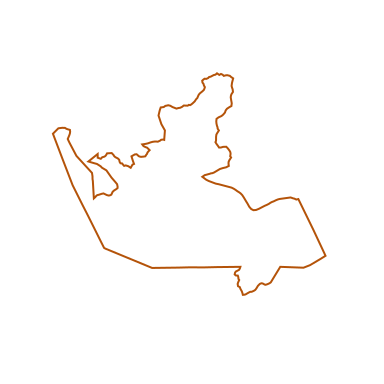 outline of Campo Maior, Piauí, Brazil, rotated 321°
{"feature_id": "56859067B57380390448277", "entity_name": "Campo Maior", "entity_type": "district", "adm_level": 2, "iso_a3": "BRA", "parent_name": "Brazil", "parent_adm1": "Piauí", "projection": "mercator", "projection_center": [-42.103, -4.859], "detail": "fine", "context": "isolated", "style": "outline", "palette": "amber", "viewbox_px": 384, "rotation_deg": 321, "n_neighbors": 0, "source": "geoboundaries", "source_scale": "gbopen_adm2", "svg_char_len": 3983}
<svg xmlns="http://www.w3.org/2000/svg" viewBox="0 0 384 384"><g transform="rotate(321 192 192)"><path d="M249.8,324.9L255.6,325.6L256.2,323.3L262.5,297.8L270.2,264.4L268.3,263.5L267.4,261.6L266.6,260.6L265.2,258.3L255.6,252.5L254.0,251.8L252.0,251.2L249.7,250.7L247.6,250.0L245.9,249.7L244.3,249.6L242.0,249.1L239.9,248.5L237.5,248.0L233.5,247.2L230.5,246.3L228.3,244.8L227.3,242.5L227.2,239.5L227.9,235.6L228.1,233.8L228.8,229.0L229.1,226.0L228.9,223.7L228.5,222.1L227.7,219.8L227.2,217.8L226.5,215.7L225.5,213.5L217.6,202.7L216.6,201.5L215.7,200.4L212.0,194.1L210.8,191.5L209.6,186.7L212.5,186.9L214.2,187.7L215.4,188.2L217.2,189.0L218.4,189.4L219.7,190.2L221.3,190.7L228.2,191.7L231.0,192.8L234.1,194.3L237.0,194.9L238.1,193.1L239.3,191.7L241.0,190.8L244.1,189.8L244.2,188.2L245.3,187.3L246.3,186.2L246.9,185.0L247.2,183.4L247.3,180.6L247.1,178.4L244.6,176.5L242.4,175.6L241.0,174.5L241.2,172.4L241.3,170.1L241.6,168.0L242.8,167.4L243.7,166.4L245.4,164.3L247.1,162.7L248.6,162.1L249.8,161.7L251.6,161.1L251.8,158.9L252.6,157.7L253.1,156.2L254.1,154.2L255.3,152.4L257.1,150.6L259.6,150.7L261.5,151.2L262.7,151.5L264.8,151.5L267.6,151.0L269.5,149.8L271.6,149.3L274.6,149.6L276.7,150.0L278.7,148.1L280.4,145.0L281.6,142.9L282.6,141.9L284.0,140.9L286.8,140.0L288.2,137.8L288.8,136.1L289.5,134.5L291.5,132.6L292.5,131.8L295.5,129.6L294.8,127.4L294.5,125.5L292.8,123.3L291.3,122.4L289.8,121.8L289.6,120.1L288.8,118.5L286.9,118.2L286.1,115.5L284.1,115.6L282.5,114.8L280.5,114.4L279.0,114.1L277.7,113.4L276.3,113.6L274.3,113.1L273.1,111.9L271.8,111.8L270.0,111.9L269.0,113.6L269.0,115.2L268.3,116.7L268.0,118.6L266.8,119.4L265.6,120.1L263.5,120.3L260.3,120.3L258.6,120.6L256.9,121.4L255.3,122.3L253.5,122.5L251.1,123.3L248.2,123.5L246.5,123.5L245.2,123.3L244.4,122.3L243.0,122.2L241.5,120.9L240.0,119.6L238.0,119.6L235.8,119.1L234.3,118.2L232.4,117.4L231.4,115.6L230.3,113.7L229.4,111.3L228.1,109.6L226.8,109.0L225.5,108.3L223.5,108.2L220.9,106.6L218.8,107.9L217.3,109.0L214.1,111.5L210.9,120.0L210.1,124.7L209.7,127.1L203.2,134.0L202.5,133.0L200.9,132.0L199.5,132.0L197.1,131.4L196.0,130.3L194.9,129.4L193.1,128.3L191.1,127.4L188.5,126.5L186.8,125.7L185.5,125.0L183.3,123.7L183.2,125.8L184.1,127.8L185.0,129.3L185.4,132.8L183.8,133.0L182.2,133.3L181.2,134.0L179.8,134.3L178.2,134.9L176.6,134.0L174.5,132.6L173.7,131.6L173.1,130.5L173.0,129.3L172.7,127.8L171.2,126.8L167.4,126.2L165.7,130.5L164.6,133.7L162.9,133.3L159.6,134.6L159.2,133.4L158.8,132.0L158.1,130.9L157.2,129.6L155.7,129.0L155.6,127.2L155.7,125.9L154.5,124.7L154.7,123.1L155.7,121.1L155.5,119.3L154.4,116.8L154.1,115.3L154.3,113.9L154.1,111.2L150.3,108.5L148.9,109.1L147.5,109.5L146.2,109.4L144.1,108.5L142.0,108.8L140.3,106.0L142.6,103.1L130.7,103.1L131.9,104.9L134.2,108.2L135.8,110.4L137.2,114.6L137.3,116.4L139.1,121.3L138.5,130.1L138.7,136.2L138.7,138.8L137.5,141.1L136.6,142.1L134.8,142.1L132.6,141.8L130.5,141.9L127.6,143.3L126.0,142.9L125.0,142.3L123.9,140.8L122.3,137.4L120.5,136.5L117.8,135.5L116.4,134.8L115.0,134.8L113.6,135.1L111.7,135.2L121.9,121.0L122.8,119.4L124.6,117.1L126.3,114.2L124.9,91.2L127.7,77.1L128.2,74.9L128.8,72.6L130.3,71.8L132.5,70.6L133.9,69.7L135.3,68.4L136.2,66.9L135.0,65.2L134.2,63.9L133.6,62.2L131.6,60.5L129.4,59.1L128.2,58.4L120.6,59.2L112.4,84.1L103.5,111.6L98.7,133.4L96.3,144.8L90.0,173.2L88.5,180.1L89.1,181.6L95.2,192.8L113.2,225.9L133.6,242.0L143.6,249.7L147.1,252.6L153.3,257.7L163.8,265.8L182.5,280.6L181.3,281.4L179.7,282.1L177.4,281.7L176.2,281.4L174.8,281.7L173.3,282.9L173.5,284.4L175.0,285.8L174.4,287.3L173.4,288.8L173.3,290.1L171.1,291.2L169.6,292.2L168.5,294.2L169.3,296.0L168.7,297.7L168.2,300.6L167.4,302.7L166.8,303.9L167.9,304.7L169.2,305.3L171.3,305.6L173.0,305.9L174.4,306.2L175.6,307.1L177.8,307.7L179.6,307.9L181.5,307.4L184.2,306.4L186.9,306.1L188.5,306.6L189.4,307.6L189.8,308.7L190.5,310.2L191.7,310.8L193.2,311.3L194.8,311.7L196.4,311.8L200.0,310.5L213.5,305.7L231.0,321.0L237.6,323.1L249.8,324.9Z" fill="none" stroke="#b45309" stroke-width="2"/></g></svg>